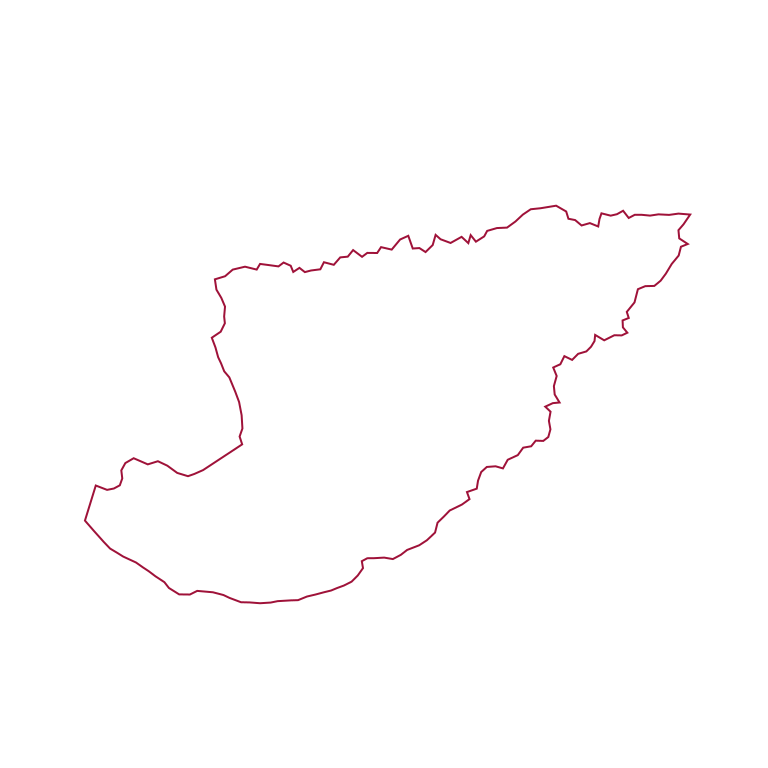 the district of Farol, Paraná, Brazil, rotated 112°
{"feature_id": "56859067B49307783824328", "entity_name": "Farol", "entity_type": "district", "adm_level": 2, "iso_a3": "BRA", "parent_name": "Brazil", "parent_adm1": "Paraná", "projection": "orthographic", "projection_center": [-52.642, -24.124], "detail": "fine", "context": "isolated", "style": "outline", "palette": "rose", "viewbox_px": 768, "rotation_deg": 112, "n_neighbors": 0, "source": "geoboundaries", "source_scale": "gbopen_adm2", "svg_char_len": 2590}
<svg xmlns="http://www.w3.org/2000/svg" viewBox="0 0 768 768"><g transform="rotate(112 384 384)"><path d="M140.4,154.8L138.4,164.8L131.1,168.6L123.7,166.1L112.2,163.6L115.7,174.8L120.4,183.0L123.9,193.1L128.2,200.4L130.6,208.5L133.2,214.9L138.4,219.3L133.8,227.2L139.3,231.6L143.0,236.9L144.3,246.3L150.3,246.0L157.7,244.4L157.7,253.4L163.0,260.2L160.4,268.2L161.7,274.9L155.8,279.7L154.2,291.2L162.4,304.7L167.0,313.4L174.9,318.7L184.1,323.0L192.9,328.5L197.1,337.7L203.4,345.7L209.6,346.4L217.6,352.1L213.5,359.4L221.8,358.6L218.5,367.2L228.3,375.1L228.6,385.8L226.4,392.0L236.9,390.9L246.1,394.9L244.7,402.1L247.6,408.1L237.5,417.0L244.0,423.2L256.5,427.2L258.2,438.0L265.1,439.4L268.7,448.6L274.3,452.0L271.4,462.8L279.5,465.3L283.0,472.0L292.3,475.2L293.6,485.3L301.5,486.0L306.1,494.2L309.9,499.3L308.0,505.9L314.1,510.1L309.3,514.8L309.0,522.6L314.5,525.9L316.8,535.0L319.1,543.9L325.6,544.9L327.3,556.8L334.6,567.1L343.6,571.7L350.3,580.0L359.3,574.7L365.1,567.1L371.8,560.4L381.3,557.5L387.3,554.3L396.7,555.0L405.6,561.0L413.2,554.0L421.3,547.8L425.9,542.8L432.1,536.9L435.8,529.9L446.9,519.0L455.0,511.6L466.3,504.3L478.3,498.6L486.8,498.2L493.1,492.9L531.6,519.5L538.5,526.2L542.9,531.2L543.9,542.4L540.9,554.3L540.3,564.7L547.0,572.9L546.6,588.3L554.2,594.2L562.5,595.2L569.6,591.3L576.9,591.0L582.1,595.3L585.9,601.1L586.1,613.2L622.7,610.1L628.9,597.9L635.5,584.5L639.2,576.3L640.5,568.0L641.7,561.2L642.4,547.1L644.3,539.0L645.7,532.1L647.9,523.9L650.0,513.4L653.7,507.0L655.8,495.1L651.9,485.1L645.8,479.7L641.2,464.6L639.8,453.8L640.2,447.1L639.9,434.8L636.9,426.9L633.7,416.8L629.1,407.2L625.2,401.3L619.5,389.3L616.6,382.7L609.9,375.8L604.9,368.7L599.7,361.8L595.3,355.7L590.7,351.0L585.9,345.7L579.4,340.0L571.4,336.6L562.6,334.5L556.6,338.2L551.8,334.2L549.1,327.7L544.9,318.8L543.0,310.2L536.1,304.4L529.2,300.4L520.4,291.0L512.8,285.7L502.6,281.0L492.5,282.4L484.4,278.8L476.7,275.7L466.6,266.6L458.7,261.6L453.1,266.6L446.3,258.8L438.4,260.6L429.2,260.9L422.4,257.6L418.5,249.7L417.7,242.1L407.9,240.9L399.8,233.3L390.9,231.1L386.6,224.2L379.7,222.1L377.1,215.0L371.6,211.8L363.7,212.7L356.4,217.3L347.3,219.2L344.6,226.0L338.5,220.3L335.4,214.3L329.8,221.8L322.3,225.7L311.9,226.9L305.3,233.3L299.6,227.9L290.6,227.2L291.2,218.6L283.3,215.3L278.0,208.6L271.9,206.0L265.3,204.9L259.4,206.6L261.0,196.2L252.5,188.7L249.9,181.8L245.3,177.6L242.0,183.7L235.7,186.6L231.1,181.8L226.2,185.9L214.5,182.3L201.0,184.1L195.4,178.4L191.8,170.1L184.6,166.2L176.1,164.0L164.9,162.2L154.5,158.9L145.5,160.1L140.4,154.8Z" fill="none" stroke="#9f1239" stroke-width="2"/></g></svg>